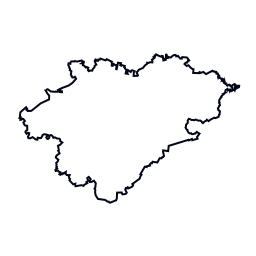 Lorica, Córdoba, Colombia (Albers equal-area conic projection), rotated 183°
{"feature_id": "7082276B90578297769705", "entity_name": "Lorica", "entity_type": "district", "adm_level": 2, "iso_a3": "COL", "parent_name": "Colombia", "parent_adm1": "Córdoba", "projection": "albers", "projection_center": [-75.946, 9.184], "detail": "fine", "context": "isolated", "style": "outline", "palette": "ink", "viewbox_px": 256, "rotation_deg": 183, "n_neighbors": 0, "source": "geoboundaries", "source_scale": "gbopen_adm2", "svg_char_len": 5862}
<svg xmlns="http://www.w3.org/2000/svg" viewBox="0 0 256 256"><g transform="rotate(183 128 128)"><path d="M236.3,138.1L236.6,134.3L235.8,133.4L236.8,132.4L235.3,132.0L236.0,130.9L236.0,130.5L235.2,130.6L233.4,131.7L233.0,131.5L231.3,129.6L232.7,128.0L231.6,125.8L231.0,125.2L228.8,124.9L228.5,120.9L230.0,119.5L230.2,118.5L229.0,116.9L227.7,118.0L226.4,117.7L226.5,116.2L227.5,113.9L226.9,112.7L225.1,112.6L222.8,113.9L219.7,111.8L217.9,111.6L217.7,113.6L215.2,113.3L214.1,113.6L212.8,116.6L211.5,117.4L207.7,116.9L207.6,116.1L208.7,115.1L209.1,114.2L208.2,113.1L207.4,112.8L206.2,114.0L205.8,116.4L204.6,116.9L204.0,116.8L202.5,115.4L202.0,114.3L200.4,114.8L198.3,113.8L196.0,113.7L195.3,113.2L194.9,111.3L192.8,110.1L194.9,107.7L197.0,106.6L195.9,102.3L195.9,101.3L196.3,101.3L195.0,99.1L197.8,96.9L198.6,95.2L198.0,94.2L195.9,92.7L196.5,90.8L197.9,89.4L197.4,87.8L197.6,86.2L196.9,85.5L197.5,84.5L196.7,83.9L198.0,82.6L197.6,82.2L198.2,81.9L197.9,81.3L195.8,81.8L194.8,80.8L193.1,80.2L194.1,78.2L193.3,77.8L193.0,78.5L191.6,78.2L191.3,78.8L190.3,79.0L190.5,79.5L189.5,79.7L187.8,80.9L187.9,79.1L186.7,77.8L183.8,77.9L184.5,76.3L184.1,74.8L183.2,74.1L183.8,72.8L179.8,68.9L177.7,69.6L177.8,68.6L177.4,67.1L171.3,68.5L169.5,67.8L168.8,68.9L165.8,70.8L166.7,71.8L165.0,73.3L166.1,75.9L164.6,77.1L162.6,75.0L163.7,73.1L163.4,72.1L161.5,72.3L159.3,73.6L157.3,71.2L157.5,67.0L158.3,65.6L157.4,64.6L157.5,61.9L156.7,59.0L154.3,55.6L147.4,55.0L146.5,54.7L144.8,53.5L143.3,53.4L142.9,52.8L141.9,52.5L136.1,55.2L135.5,56.9L135.5,62.9L130.9,63.3L130.6,62.1L130.0,61.5L128.1,61.7L126.4,62.4L125.9,63.4L127.2,65.6L127.5,66.5L127.1,67.7L126.7,67.4L125.2,68.8L124.6,67.7L121.4,69.2L119.9,70.8L119.8,71.3L120.7,72.3L113.7,78.0L113.0,80.6L112.1,81.9L113.2,82.5L109.2,90.2L107.4,90.0L107.5,90.7L104.1,91.6L104.5,92.4L103.2,94.1L102.2,94.0L101.7,95.6L96.9,95.1L94.8,99.5L92.9,99.5L92.2,100.7L91.4,100.9L90.6,101.9L91.7,105.9L91.7,107.5L86.7,107.0L86.4,112.3L66.9,119.4L66.5,118.8L63.6,120.4L63.2,119.2L58.0,120.9L58.6,122.6L56.3,126.1L59.1,127.7L60.6,125.9L61.3,126.0L62.6,125.3L64.0,125.3L64.8,126.1L66.1,125.8L67.4,126.7L68.5,128.5L68.5,129.2L69.5,129.7L70.6,131.5L70.2,132.2L70.2,134.3L68.6,136.3L68.7,138.5L68.3,139.6L67.6,140.4L64.7,139.3L63.2,139.5L62.2,139.2L60.8,140.0L58.0,139.0L56.5,139.3L54.7,138.3L54.4,137.4L53.4,136.8L52.1,138.3L50.3,139.4L49.7,140.4L47.9,139.1L45.5,141.1L42.4,142.8L41.4,142.4L38.2,143.8L37.8,145.9L37.2,146.4L37.3,148.8L37.0,149.0L37.4,150.0L38.8,150.7L39.3,152.4L38.6,153.1L38.2,154.8L37.4,155.4L37.6,156.7L38.4,157.9L37.9,158.4L38.5,159.8L38.0,161.4L37.2,162.4L37.3,162.6L36.3,163.8L36.6,164.1L36.1,164.9L34.9,166.2L35.1,166.8L34.0,166.9L33.6,168.0L32.2,168.6L32.7,169.0L32.6,170.8L30.8,172.2L30.2,170.7L28.9,171.7L28.4,171.4L28.1,170.2L27.6,171.1L27.3,170.4L26.3,170.8L25.8,171.9L25.7,171.0L25.2,171.5L24.1,171.3L24.3,171.8L23.9,172.2L23.4,171.4L23.2,172.3L22.8,172.2L22.5,172.6L22.9,172.7L22.9,173.5L23.5,173.6L23.4,174.2L22.2,174.2L21.6,174.8L21.1,174.2L20.7,174.9L20.3,174.0L19.3,174.6L19.2,176.0L21.4,175.9L22.5,176.3L23.3,176.0L23.6,177.4L24.0,177.5L26.5,175.7L26.7,174.2L27.9,175.7L28.4,175.7L28.5,176.3L29.2,176.6L31.0,175.4L31.7,176.1L32.1,177.5L33.0,177.2L33.5,177.5L33.6,178.1L33.9,177.7L34.3,177.9L34.3,178.8L34.7,178.8L34.7,179.5L35.0,179.3L35.3,179.5L34.6,179.8L34.3,180.9L34.9,181.3L34.9,181.8L36.6,180.6L36.4,181.4L36.8,182.1L37.2,181.7L38.4,182.7L39.4,182.8L40.2,183.4L40.5,182.9L40.8,183.7L39.5,184.3L39.6,185.0L40.5,184.9L41.0,186.8L41.6,186.8L41.7,187.2L42.5,187.0L42.8,188.6L43.8,188.3L44.3,189.0L45.4,188.9L46.1,189.3L47.4,188.9L47.4,189.2L52.9,185.9L55.7,187.9L58.4,186.8L59.3,187.6L60.2,187.0L60.1,186.5L65.8,186.4L65.7,190.1L66.3,190.1L68.6,191.5L70.9,193.8L72.7,193.0L74.9,194.9L73.9,196.1L72.4,196.4L72.5,196.9L71.0,198.2L71.3,198.6L70.6,198.8L72.3,201.0L72.9,201.5L77.6,201.6L78.1,200.6L78.0,200.1L79.5,200.1L81.8,202.5L82.0,202.2L83.6,202.1L83.6,202.8L84.8,203.5L86.8,202.8L89.0,200.6L91.2,201.0L91.3,200.2L92.3,200.0L93.3,201.4L93.0,202.7L93.5,203.3L93.9,203.2L93.9,199.4L94.4,199.2L93.9,198.1L96.2,197.3L97.0,201.6L97.8,201.7L97.7,200.7L101.1,201.7L103.8,203.0L104.4,201.8L104.7,201.8L104.5,201.4L104.9,200.4L105.3,200.6L105.3,200.0L106.1,200.0L105.6,199.0L107.7,197.5L107.2,196.3L107.1,194.8L109.7,194.8L110.9,194.0L112.3,194.2L112.3,193.1L114.3,191.4L116.3,188.7L120.3,186.7L121.5,184.8L122.4,184.2L120.8,181.0L121.2,180.6L125.1,180.3L125.1,183.8L124.5,185.1L126.9,185.9L127.6,185.5L128.2,184.1L131.0,185.8L131.6,182.7L131.2,182.1L133.2,182.3L132.6,185.9L134.2,187.3L134.2,188.3L135.0,188.6L134.6,189.8L138.0,190.6L138.1,190.0L139.1,190.5L138.4,192.4L141.4,192.7L142.4,186.1L142.9,186.2L142.6,190.2L144.1,190.2L145.7,191.2L146.5,189.3L147.5,189.4L147.4,191.8L148.0,193.0L147.7,193.4L152.9,195.6L153.9,194.3L159.2,195.9L159.7,194.8L161.2,194.8L161.4,193.5L164.0,193.5L163.3,194.4L164.0,194.7L164.6,193.8L164.5,192.8L164.1,191.4L162.9,189.6L164.6,188.3L164.7,186.8L166.3,184.9L166.7,183.4L168.8,183.4L170.1,182.7L170.7,183.3L170.3,183.5L171.3,185.2L170.8,186.1L172.7,186.8L173.5,186.3L174.8,187.8L176.3,188.3L176.2,190.0L177.7,190.1L177.0,190.6L177.1,191.0L175.6,191.0L175.6,191.9L177.5,192.5L177.8,193.0L182.1,191.7L184.7,192.0L184.9,191.7L188.2,191.5L188.8,190.6L188.9,189.1L190.7,189.5L191.0,187.7L189.9,186.2L189.8,185.0L188.9,183.9L189.2,182.7L187.5,181.8L187.9,178.2L187.0,177.3L187.1,176.7L186.2,175.6L184.8,175.6L183.7,176.4L182.4,174.4L186.0,170.0L189.5,167.3L196.6,164.2L200.8,161.8L197.7,163.4L198.0,162.5L197.5,162.6L197.3,161.9L198.3,161.2L197.5,160.6L197.0,161.0L196.3,160.4L195.9,160.8L195.8,160.3L198.1,160.3L199.3,161.0L200.7,160.4L201.9,160.7L202.7,160.3L207.2,160.5L209.6,162.2L210.7,162.5L211.6,161.4L212.3,161.2L210.2,158.1L208.4,156.2L208.3,152.4L216.4,148.1L225.4,140.1L228.9,139.7L230.3,140.8L229.5,141.6L230.9,143.4L236.3,138.1Z" fill="none" stroke="#020617" stroke-width="2"/></g></svg>